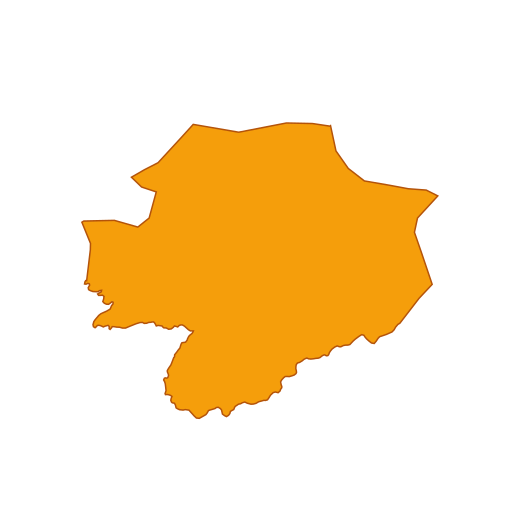 outline of Baghramyan, Armavir, Armenia, rotated 312°
{"feature_id": "60910142B80677227285928", "entity_name": "Baghramyan", "entity_type": "district", "adm_level": 2, "iso_a3": "ARM", "parent_name": "Armenia", "parent_adm1": "Armavir", "projection": "robinson", "projection_center": [43.725, 40.166], "detail": "fine", "context": "isolated", "style": "filled", "palette": "amber", "viewbox_px": 512, "rotation_deg": 312, "n_neighbors": 0, "source": "geoboundaries", "source_scale": "gbopen_adm2", "svg_char_len": 3806}
<svg xmlns="http://www.w3.org/2000/svg" viewBox="0 0 512 512"><g transform="rotate(312 256 256)"><path d="M123.8,145.9L122.3,146.2L120.5,147.3L121.3,148.5L122.7,149.2L123.1,149.3L123.8,150.8L123.0,151.9L122.0,152.1L120.2,152.5L119.0,154.1L119.4,156.0L120.4,158.4L120.4,158.5L122.4,161.0L123.8,162.5L125.6,162.9L127.2,164.2L125.8,165.0L124.0,164.4L121.8,163.7L121.4,165.4L122.5,166.6L123.8,167.8L124.2,168.2L124.3,170.1L123.6,170.5L122.2,171.5L119.6,172.7L119.4,174.9L120.1,177.1L120.6,177.7L121.5,178.8L123.4,179.2L125.6,179.6L126.0,180.8L124.7,181.8L122.5,181.9L119.3,183.0L118.9,183.1L115.1,181.9L109.5,179.4L106.6,178.9L100.8,179.1L98.7,179.4L95.9,180.8L94.7,182.5L95.0,184.4L96.1,184.6L98.2,184.6L99.3,185.5L99.5,185.9L100.0,186.6L100.6,188.2L101.1,190.0L102.9,190.8L105.5,192.5L105.4,194.1L103.7,195.5L103.8,196.7L106.0,196.7L107.3,196.4L108.5,197.8L109.9,200.0L111.8,202.3L113.1,205.0L115.2,207.3L119.3,209.2L125.4,212.2L128.9,214.3L130.7,216.1L131.1,218.0L132.8,219.7L135.0,220.8L136.3,222.2L137.3,222.8L138.5,224.1L138.4,225.5L138.1,226.6L137.3,228.7L138.9,229.7L140.2,231.6L141.1,232.9L140.9,233.9L140.9,235.5L142.5,237.5L143.1,240.1L145.1,241.8L147.8,242.3L149.4,242.2L150.3,243.9L150.9,245.3L153.0,245.4L154.4,246.2L155.5,247.4L156.0,249.8L156.0,255.1L156.4,257.3L157.4,258.4L158.4,259.6L157.3,260.0L155.5,260.3L154.7,260.1L152.8,259.8L151.3,259.8L148.7,260.5L147.5,261.1L144.8,261.3L142.0,259.0L140.4,259.3L138.6,260.1L136.8,261.0L134.1,261.1L131.7,261.4L128.2,261.6L126.6,262.9L125.3,262.9L122.8,263.9L120.2,264.9L117.9,265.7L116.1,265.9L114.0,266.2L111.6,266.7L110.6,267.6L109.5,269.9L108.5,271.1L106.6,271.8L105.5,271.4L104.7,270.1L103.8,269.7L102.1,270.3L101.4,272.3L100.3,274.1L98.4,276.3L95.8,279.2L92.9,280.5L92.4,281.5L93.7,282.7L94.7,284.4L94.8,284.7L95.2,285.7L95.4,287.5L93.5,288.2L91.8,289.2L91.0,290.7L90.9,290.9L90.9,291.0L90.9,292.0L92.0,293.9L91.4,295.7L89.7,298.2L89.9,299.7L90.6,302.0L92.7,304.9L94.5,306.2L96.6,309.3L96.2,312.9L96.0,315.2L95.8,316.4L95.7,320.1L97.4,322.5L98.3,322.8L101.6,323.9L104.6,324.9L106.9,324.7L109.3,324.1L110.8,324.9L113.2,326.4L115.2,327.6L116.8,327.9L118.3,329.1L118.8,331.6L118.5,333.4L117.4,335.0L116.1,336.8L116.3,339.4L116.9,341.5L119.2,342.2L121.4,342.0L123.3,341.0L124.9,341.4L127.0,342.2L129.1,341.4L130.4,341.2L132.3,341.7L134.1,342.1L135.9,343.4L137.9,344.1L140.0,345.4L140.7,347.9L142.5,351.4L144.2,353.1L146.5,354.6L149.4,355.5L151.9,357.1L154.1,358.5L154.9,359.6L156.8,360.8L159.1,360.5L162.3,359.9L166.0,360.2L167.9,361.4L169.2,363.9L171.7,364.2L173.4,363.5L175.3,363.3L176.3,362.5L177.2,360.8L178.9,358.5L181.2,358.0L184.0,358.0L185.9,358.3L187.2,359.6L188.7,361.5L191.0,362.9L193.0,364.0L195.3,364.4L196.6,364.0L197.6,362.9L199.0,360.9L200.6,359.6L202.2,358.6L204.2,358.4L206.1,359.6L209.1,360.5L211.4,360.8L212.9,361.4L214.2,362.1L214.8,363.9L216.1,365.7L218.1,367.5L220.0,369.0L221.7,370.6L223.3,371.5L225.8,371.9L227.4,372.4L228.5,373.2L228.9,375.0L230.0,376.0L231.3,376.0L233.3,375.2L235.3,374.9L237.7,374.8L240.9,375.4L243.5,376.5L244.3,378.6L245.3,379.8L247.9,380.8L249.7,382.2L251.3,383.9L253.0,385.0L257.9,385.1L260.7,385.4L265.2,386.3L268.3,387.2L269.3,389.3L268.8,390.8L268.4,393.6L268.4,397.0L268.6,400.0L270.1,402.4L273.3,402.3L276.5,401.8L278.8,401.9L280.9,403.1L285.0,405.4L287.9,406.7L290.6,407.9L293.6,408.0L296.7,407.3L297.5,407.3L300.1,407.2L302.3,407.9L333.6,405.5L352.8,405.9L369.0,377.1L379.6,357.9L392.3,350.6L422.3,350.9L418.9,338.4L407.9,324.2L398.1,308.2L384.3,286.3L382.8,266.0L387.6,245.1L402.7,224.2L402.0,224.1L392.2,209.3L375.2,189.6L336.4,160.3L311.8,121.3L293.6,121.2L259.8,120.8L245.3,115.3L231.2,110.7L230.7,124.8L236.9,139.0L212.7,151.2L198.4,148.8L187.7,126.9L166.7,104.6L164.6,104.0L154.6,124.6L149.7,128.8L124.3,146.7L123.8,145.9Z" fill="#f59e0b" stroke="#b45309" stroke-width="1.5"/></g></svg>